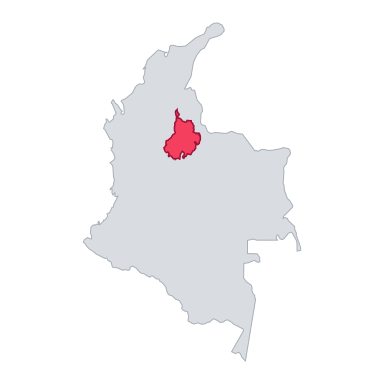 Santander highlighted on a map of Colombia
{"feature_id": "COL-1317", "entity_name": "Santander", "entity_type": "Department", "adm_level": 1, "iso_a3": "COL", "parent_name": "Colombia", "parent_adm1": "", "projection": "robinson", "projection_center": [-73.442, 6.936], "detail": "fine", "context": "in_parent", "style": "filled", "palette": "rose", "viewbox_px": 384, "rotation_deg": 0, "n_neighbors": 0, "source": "natural_earth", "source_scale": "10m", "svg_char_len": 7888}
<svg xmlns="http://www.w3.org/2000/svg" viewBox="0 0 384 384"><path d="M221.0,34.6L217.1,36.4L209.6,38.6L204.4,48.1L200.9,49.8L196.6,55.4L193.4,62.4L191.0,76.6L184.6,88.7L185.1,89.2L187.6,88.7L190.0,87.4L190.9,87.8L191.8,89.9L194.7,90.4L197.1,100.2L201.5,105.2L202.0,107.1L202.6,111.1L201.0,113.6L200.5,122.5L201.9,124.8L205.2,125.7L207.4,131.2L208.8,132.5L210.9,133.4L215.7,132.5L224.5,133.4L226.6,133.3L231.5,131.3L237.8,133.7L242.4,134.1L254.9,150.9L256.2,150.4L257.8,151.4L261.0,149.7L263.7,149.4L267.3,150.3L272.0,150.3L281.5,148.5L283.0,147.6L288.2,148.5L289.7,149.8L290.5,152.9L289.9,154.9L288.1,156.8L287.1,159.3L286.9,162.4L286.0,164.6L284.3,166.1L283.6,168.2L284.0,171.0L283.1,183.7L283.9,184.8L284.4,190.0L286.6,196.7L287.7,198.7L289.5,200.3L292.9,205.8L292.1,207.7L283.5,216.4L283.1,218.4L284.8,217.6L287.4,218.4L288.3,220.5L294.7,226.6L294.6,229.0L296.5,233.5L296.1,234.5L300.6,247.5L300.7,250.3L297.1,251.1L296.9,242.3L296.4,240.5L292.2,232.8L291.3,232.2L288.5,233.1L283.9,238.8L281.8,239.6L280.0,238.8L278.3,235.4L277.1,234.8L276.0,237.7L277.5,240.2L257.0,240.2L253.0,239.1L247.5,240.4L247.5,253.6L257.1,253.8L259.8,257.6L259.6,260.6L260.0,261.7L257.7,262.4L254.3,260.3L248.3,262.8L243.9,263.4L243.6,277.9L246.2,281.5L251.4,285.4L252.1,288.0L251.8,290.5L253.0,293.7L254.7,295.3L254.7,297.2L255.6,299.3L245.4,361.0L241.8,357.2L240.5,353.8L238.7,352.4L235.3,353.5L231.6,351.7L243.5,330.8L243.1,329.0L233.2,323.9L232.2,322.6L227.5,319.8L224.9,320.6L223.4,322.0L219.8,322.4L216.9,320.2L213.4,318.7L209.3,322.3L208.0,322.2L205.1,323.7L201.9,324.3L197.8,322.8L194.5,323.9L192.2,323.6L191.3,322.5L188.3,321.3L188.0,319.9L188.8,317.3L187.6,312.2L187.1,311.3L184.9,311.2L182.2,309.4L181.7,308.3L182.3,306.2L181.8,304.5L179.2,300.4L175.7,299.3L172.2,295.9L168.8,294.8L167.2,292.3L165.7,286.9L162.2,282.6L159.7,281.1L158.8,279.1L156.3,278.9L152.8,276.1L151.3,275.9L150.2,277.2L147.0,275.9L144.2,273.8L141.4,273.3L139.5,272.0L136.2,268.1L132.5,266.2L130.4,266.9L129.7,269.8L128.5,270.3L124.3,269.6L123.6,270.2L122.5,270.1L117.4,267.9L112.4,267.1L111.1,262.2L107.9,260.4L106.9,258.1L104.6,258.4L96.0,253.9L92.4,250.8L89.4,249.1L86.2,245.6L85.7,244.2L83.3,242.2L84.5,239.6L87.4,237.6L91.3,239.1L91.8,236.1L90.4,233.4L91.0,227.3L92.1,225.9L94.2,224.7L95.5,225.2L96.3,224.2L99.5,224.6L100.4,224.2L102.8,221.8L103.9,219.8L105.0,220.0L107.5,216.7L107.1,213.5L109.5,212.7L112.1,207.3L113.2,207.2L113.7,204.6L118.2,195.7L116.6,196.8L114.8,196.2L115.1,193.2L114.6,192.8L113.1,195.1L111.9,192.8L112.2,189.0L110.2,189.7L110.3,188.8L113.2,185.9L114.4,179.4L113.5,177.0L112.9,167.1L112.4,165.3L110.0,162.8L113.8,160.0L115.1,157.9L113.5,153.5L111.2,149.9L111.2,147.7L112.5,147.9L113.0,141.8L111.8,139.4L110.2,139.4L105.3,130.4L103.6,128.5L104.9,124.2L106.4,122.3L106.1,119.0L107.1,119.2L109.2,122.2L110.1,121.7L113.4,118.9L113.5,116.2L116.2,113.5L112.4,104.2L111.2,102.8L112.7,99.8L113.6,100.0L115.0,102.9L117.4,104.8L120.8,109.9L122.3,111.1L121.3,112.2L121.0,113.4L121.5,114.1L123.5,114.3L124.3,112.9L123.8,106.6L122.9,103.5L121.1,101.3L121.7,100.3L125.3,98.8L132.6,92.8L135.2,87.2L137.1,85.2L139.3,83.9L141.9,84.2L144.0,83.5L144.7,81.7L143.3,77.8L144.9,72.5L144.8,69.8L145.8,68.2L145.5,67.6L142.8,69.4L145.6,65.7L147.5,60.0L158.2,49.9L165.2,52.3L167.4,52.1L164.5,53.4L164.1,54.9L165.1,56.4L166.1,56.8L167.0,55.9L169.4,49.9L169.7,46.7L170.7,45.6L172.2,45.2L179.0,46.6L185.5,46.1L196.0,37.6L204.0,34.0L205.9,30.6L206.4,28.0L207.9,27.0L209.4,27.0L210.3,25.5L213.9,23.3L217.8,23.0L222.0,25.0L223.9,28.5L224.2,30.9L221.0,34.6ZM99.6,223.6L99.1,224.0L98.2,223.2L97.9,222.2L98.4,221.4L99.2,221.7L99.6,223.6Z" fill="#d9dde1" stroke="#a8b0b8" stroke-width="1"/><path d="M179.9,118.3L180.2,118.6L180.3,118.8L180.5,118.9L180.9,119.2L181.4,119.6L181.8,120.2L181.9,120.3L181.9,120.5L182.1,120.9L182.2,121.0L182.5,121.2L182.7,121.3L183.1,121.4L184.1,121.5L184.4,121.8L184.5,122.0L185.0,122.1L185.6,122.0L186.1,122.1L186.4,122.1L186.5,122.0L186.7,121.1L186.9,120.6L187.1,120.4L187.4,120.4L187.5,120.5L188.0,120.5L188.6,120.6L189.0,120.6L189.3,120.7L189.5,120.7L189.8,120.8L190.1,120.9L190.2,120.7L190.6,120.6L191.2,120.7L191.2,120.9L191.2,121.0L191.3,121.8L191.4,122.1L191.5,122.4L192.8,123.5L192.9,123.8L192.8,124.1L192.9,124.5L193.4,125.4L193.6,125.6L193.6,125.8L193.9,125.9L193.9,127.1L193.2,128.0L193.5,128.4L193.5,128.5L193.7,128.8L193.8,128.9L194.0,129.0L194.0,129.5L194.1,129.8L194.0,130.1L193.8,130.5L193.1,131.7L193.2,132.0L193.3,132.0L193.8,132.3L194.2,132.3L194.6,132.5L194.8,132.5L195.0,132.8L195.7,133.4L196.0,133.2L196.4,133.1L196.5,133.1L196.8,133.1L196.9,133.3L196.9,133.6L197.0,133.7L197.2,133.4L197.3,133.3L197.6,133.3L198.2,133.2L198.4,133.1L198.5,133.1L198.8,133.1L199.0,133.3L199.1,133.6L199.2,134.0L199.2,134.4L199.1,135.0L199.2,135.5L199.5,135.5L199.6,135.4L199.8,135.2L199.9,134.9L200.4,136.3L200.3,136.8L200.2,137.0L200.3,137.3L200.4,138.0L200.4,138.8L200.1,140.4L199.4,141.7L199.3,142.1L199.3,143.3L199.1,143.5L198.9,143.6L198.6,143.8L197.9,144.6L197.5,144.7L197.1,144.6L196.8,143.6L196.6,143.2L196.3,142.7L195.7,142.2L195.3,141.8L195.2,141.8L194.8,141.9L194.6,142.3L194.8,142.6L195.3,143.3L195.5,143.4L195.7,143.6L195.8,143.9L195.9,144.2L195.7,145.0L195.8,145.8L195.5,147.0L195.7,147.6L195.6,148.0L195.7,148.3L195.6,148.6L195.5,148.8L195.2,149.0L194.7,149.3L194.4,150.3L194.0,150.6L193.5,150.7L193.0,150.9L192.8,151.3L192.6,151.6L191.2,153.5L191.0,154.4L190.8,154.6L190.5,154.6L188.8,154.3L188.3,154.0L187.8,153.7L187.6,153.6L187.2,153.8L186.9,154.8L186.0,156.4L185.5,156.4L184.9,156.2L184.8,156.3L184.7,156.8L184.5,157.3L184.1,157.7L183.9,158.4L183.7,158.4L183.4,158.2L182.7,157.2L182.7,156.5L182.8,156.4L183.2,156.1L183.3,155.7L183.7,155.5L183.9,155.0L184.2,154.2L184.3,153.8L184.3,153.4L184.2,153.2L184.0,152.8L183.3,152.0L182.5,151.6L182.2,151.3L181.6,152.4L181.5,152.6L180.8,153.3L180.6,153.7L180.5,154.4L180.1,155.0L180.0,155.4L180.1,155.7L180.1,156.1L180.1,156.6L180.0,157.2L179.8,158.2L179.8,158.6L179.7,158.9L179.7,159.1L179.4,159.0L179.0,158.7L178.7,158.5L178.3,158.3L177.9,158.3L177.4,158.4L176.2,158.7L175.4,159.3L175.4,158.8L175.3,158.7L175.1,158.6L174.9,158.5L174.6,158.6L174.3,158.7L174.1,158.8L173.9,158.8L173.7,158.9L173.1,158.5L172.7,157.9L172.4,157.2L172.2,157.1L171.7,157.0L171.5,156.4L171.2,156.1L170.5,155.8L170.1,155.5L169.8,155.7L169.5,156.2L169.3,156.4L169.0,156.6L168.9,156.6L168.6,156.5L168.4,155.8L168.4,155.5L168.5,155.1L168.9,154.2L169.0,153.8L168.8,153.4L168.6,153.0L168.4,152.4L168.2,152.2L167.8,152.0L167.6,152.2L167.1,152.6L166.8,152.7L166.7,152.6L166.4,152.4L166.2,152.3L166.0,152.2L165.7,152.0L165.3,151.5L164.7,150.3L164.4,149.4L164.2,149.0L164.1,148.3L164.0,148.2L163.9,147.7L164.6,147.2L165.0,146.7L165.8,145.2L166.0,145.3L166.4,145.1L166.5,144.9L166.4,144.6L166.3,144.4L166.0,144.1L166.0,143.8L165.9,141.9L166.0,141.8L166.2,141.2L166.3,140.7L166.6,140.6L167.3,140.5L168.0,140.2L171.3,137.4L171.5,137.1L172.1,135.8L172.8,134.9L172.9,134.6L173.1,134.5L174.6,133.7L175.0,133.3L175.2,132.8L175.2,131.9L175.0,131.6L174.8,131.3L174.6,131.0L174.5,130.6L174.4,128.0L174.5,127.1L174.6,126.2L174.8,125.4L175.0,124.8L175.0,124.6L175.0,124.4L174.8,124.1L174.8,123.9L174.8,123.1L174.9,122.8L175.9,121.4L175.9,121.2L176.2,121.1L176.3,120.8L176.3,120.1L176.3,119.9L176.4,119.7L176.3,119.4L176.2,119.1L176.2,118.9L176.3,118.8L176.4,118.5L176.5,117.4L176.5,116.9L176.3,115.7L176.2,115.5L176.0,115.3L175.8,114.1L175.8,113.9L175.5,112.8L175.5,112.4L175.5,112.0L175.6,111.4L175.8,110.8L176.2,110.6L176.3,110.5L176.4,110.3L176.5,110.1L176.7,109.9L176.9,109.9L177.1,109.6L177.2,110.6L177.2,110.9L177.3,111.3L178.1,112.8L178.1,113.2L178.2,113.3L178.3,113.4L178.5,113.4L178.6,113.5L178.8,113.7L178.9,113.8L179.0,113.9L179.0,114.0L179.1,114.3L179.1,114.7L179.0,115.1L178.5,115.5L178.3,115.7L178.2,115.8L177.9,116.1L177.8,116.3L177.8,116.5L177.8,116.8L177.9,117.0L177.8,117.4L177.7,117.6L177.7,118.1L179.9,118.3Z" fill="#f43f5e" stroke="#9f1239" stroke-width="1.5"/></svg>